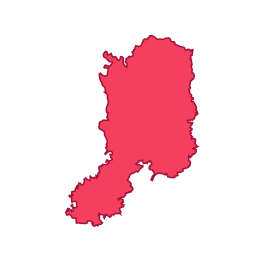 the district of Jhenaidah, Khulna, Bangladesh, rotated 338°
{"feature_id": "16705992B77509092527129", "entity_name": "Jhenaidah", "entity_type": "district", "adm_level": 2, "iso_a3": "BGD", "parent_name": "Bangladesh", "parent_adm1": "Khulna", "projection": "albers", "projection_center": [89.072, 23.495], "detail": "fine", "context": "isolated", "style": "filled", "palette": "rose", "viewbox_px": 256, "rotation_deg": 338, "n_neighbors": 0, "source": "geoboundaries", "source_scale": "gbopen_adm2", "svg_char_len": 5882}
<svg xmlns="http://www.w3.org/2000/svg" viewBox="0 0 256 256"><g transform="rotate(338 128 128)"><path d="M56.6,163.7L56.8,164.4L55.1,166.6L52.1,166.0L51.0,168.3L51.8,169.2L51.7,169.8L50.3,169.6L48.6,168.5L48.0,168.7L48.2,170.2L49.5,170.8L49.9,171.4L48.9,172.9L48.2,175.8L51.1,175.8L52.7,177.7L51.7,179.5L51.4,181.8L50.2,182.4L48.5,181.9L47.1,180.2L47.9,178.2L46.7,178.3L46.1,178.8L46.7,179.7L46.8,183.0L46.3,184.1L44.6,184.4L44.8,182.8L43.4,182.1L41.2,182.6L41.5,181.3L43.0,180.6L42.0,180.1L38.5,183.2L38.8,185.9L41.5,186.4L42.6,187.9L42.5,190.1L43.3,190.9L45.9,191.9L44.5,196.8L46.0,197.1L48.2,198.6L53.7,201.0L55.0,200.5L55.4,199.2L57.8,199.6L60.0,202.4L59.1,202.7L59.6,203.6L58.8,203.6L59.1,205.5L59.8,205.6L60.2,206.5L61.2,206.4L61.4,206.0L62.6,206.2L63.1,207.2L63.5,207.3L63.6,206.3L66.9,207.1L68.8,206.3L68.1,205.4L68.2,204.3L67.5,203.5L67.4,201.6L68.6,198.7L68.1,198.3L68.5,196.8L69.1,196.4L69.4,197.6L73.3,199.6L71.9,201.8L72.2,202.9L75.5,200.0L76.4,201.9L77.6,203.0L77.6,203.8L79.0,203.8L80.0,202.1L81.4,202.5L81.9,203.4L82.2,202.7L85.5,202.7L85.7,203.3L88.1,204.1L88.7,205.0L88.7,203.6L89.8,203.5L89.8,199.6L91.2,199.0L94.1,199.3L95.5,198.1L94.0,196.8L93.5,197.0L93.6,195.3L94.1,195.1L94.4,195.7L95.3,194.4L95.9,194.9L96.5,192.4L95.4,191.6L95.1,190.7L94.3,191.2L94.7,190.9L93.1,190.2L92.3,191.0L92.1,190.1L96.3,189.6L97.7,190.5L100.7,189.3L101.0,187.6L102.4,188.0L102.5,187.5L103.9,188.1L104.3,187.7L104.5,188.1L105.3,187.7L106.1,188.3L106.4,187.8L107.4,188.2L108.4,187.1L109.3,187.0L109.9,185.7L109.5,185.2L109.8,184.5L109.0,183.7L109.3,183.1L108.3,182.8L110.0,180.9L109.3,178.2L108.4,177.3L108.1,175.5L109.4,175.2L113.1,171.5L114.5,171.9L119.7,171.3L119.8,171.9L121.0,172.4L123.6,170.5L127.3,169.5L127.6,168.3L125.5,167.9L124.8,166.2L123.0,165.9L121.8,164.6L122.4,164.1L124.1,164.1L124.5,163.4L125.0,163.6L124.8,162.8L125.6,162.6L126.8,162.6L127.5,163.5L129.4,163.3L129.0,166.6L132.1,167.5L132.6,167.1L132.7,167.6L133.2,166.8L134.2,167.0L135.6,166.2L136.1,166.8L135.8,168.0L136.7,168.0L137.1,168.7L136.1,170.9L134.6,170.9L134.2,171.7L133.2,171.8L132.4,173.5L132.8,174.8L134.8,175.9L135.6,180.3L132.7,181.9L129.9,184.6L131.0,185.8L133.8,182.7L136.6,181.4L139.0,181.1L142.6,183.0L145.1,185.5L145.9,185.2L146.1,184.5L146.9,185.3L146.6,188.1L149.1,189.9L152.8,191.4L153.5,190.3L156.5,190.8L157.1,187.7L160.6,188.8L163.0,188.4L163.5,186.6L167.8,187.1L169.6,186.8L170.1,186.2L171.0,186.4L173.1,183.2L172.9,181.8L172.2,181.0L173.8,176.5L174.7,178.8L176.0,177.9L176.4,178.1L177.0,177.1L178.2,176.9L178.2,176.4L179.2,177.1L181.9,175.9L182.6,175.3L183.0,173.8L182.3,172.8L181.2,172.6L180.4,171.2L181.7,171.1L182.7,171.8L185.3,171.3L184.7,171.1L185.1,170.0L184.5,168.9L184.4,166.8L185.5,166.0L185.6,164.8L186.4,163.7L184.6,162.0L182.7,161.8L182.8,161.1L184.4,160.2L183.2,157.4L184.9,156.5L184.1,155.0L184.2,154.2L186.1,154.1L187.1,152.6L185.6,151.0L186.2,150.9L187.1,149.3L189.0,148.5L189.9,147.1L188.0,146.7L187.9,145.7L185.9,145.6L186.0,143.5L187.9,143.6L190.9,144.9L191.5,144.1L192.9,144.3L194.9,141.8L196.3,141.5L195.7,141.2L196.7,140.7L196.6,140.2L197.6,140.5L196.9,139.4L198.2,139.4L198.1,136.9L197.7,136.4L198.1,135.7L199.0,135.4L199.2,131.6L198.5,128.1L196.9,127.3L197.7,125.5L199.2,125.9L199.8,124.6L198.2,123.0L199.2,121.5L198.3,118.8L199.1,115.8L198.8,115.0L200.2,114.8L201.1,113.7L201.0,111.3L202.1,110.6L203.4,107.9L203.9,107.5L204.5,107.9L206.4,106.8L207.3,107.0L209.1,104.1L209.2,101.7L208.1,101.1L208.9,98.5L209.4,98.1L209.8,93.7L210.5,93.8L211.2,93.0L211.9,89.2L212.4,88.5L212.2,87.4L211.7,87.3L211.8,86.7L212.3,86.8L213.7,84.2L214.7,84.5L217.5,79.6L216.5,79.4L214.7,80.3L214.6,78.4L214.1,78.0L212.9,77.4L211.2,77.8L210.2,77.5L210.5,75.4L209.9,74.1L206.3,71.7L205.3,70.1L203.0,68.4L202.9,67.4L203.5,66.4L203.2,65.4L201.2,64.7L200.4,63.7L200.5,61.0L199.7,59.9L196.8,58.9L193.1,58.9L190.9,57.4L188.5,57.0L186.3,53.0L184.4,51.0L182.5,50.8L182.3,51.7L180.4,51.8L179.4,53.1L177.1,51.8L175.2,52.2L174.5,52.9L174.7,53.8L173.3,54.1L171.9,55.9L170.2,56.7L168.1,56.3L166.9,55.2L166.1,55.4L165.8,54.9L165.4,55.9L164.3,56.3L164.1,57.5L162.3,57.7L162.5,58.7L160.2,59.1L160.5,60.4L160.0,62.9L156.8,62.9L156.6,62.3L155.4,62.0L154.5,62.9L152.1,63.1L152.1,64.5L150.3,65.6L151.1,68.5L149.7,71.0L148.6,69.5L147.9,66.8L148.3,64.7L149.7,62.1L149.7,60.7L149.1,59.5L147.7,59.2L146.2,61.4L144.4,61.8L144.0,61.3L143.4,57.4L140.3,56.4L140.3,52.6L136.6,53.2L137.0,49.1L136.0,48.7L134.4,49.1L132.5,50.9L132.2,52.9L134.1,55.6L135.5,59.5L138.0,60.8L138.4,61.6L134.3,63.9L132.7,63.2L131.0,61.3L130.0,61.3L128.4,62.7L128.6,63.4L132.2,65.1L128.4,71.5L126.7,71.5L125.1,70.5L123.6,68.7L123.1,66.8L121.5,67.2L120.4,71.4L120.3,74.7L120.7,76.2L120.2,78.2L121.7,81.9L120.8,86.1L119.6,86.0L120.8,87.8L121.3,90.2L120.2,92.0L119.5,96.9L115.5,101.3L114.5,103.3L114.2,105.4L115.3,106.4L114.1,107.3L113.5,109.4L112.3,110.1L112.9,112.8L112.6,113.5L107.9,111.4L106.7,112.0L104.7,111.7L102.9,113.1L103.0,114.0L101.3,116.1L101.2,117.3L101.7,118.8L104.0,121.3L104.6,122.9L103.6,126.0L104.1,131.8L103.0,134.0L101.5,135.3L101.9,136.1L101.8,137.6L100.0,137.6L100.2,141.5L97.5,142.7L97.0,143.4L97.3,144.1L99.3,142.9L101.8,142.6L103.9,143.7L104.3,144.4L103.8,146.3L103.1,146.6L101.6,145.7L101.2,146.2L101.4,147.0L100.9,148.9L101.8,150.5L101.4,151.5L97.8,151.6L96.9,149.9L96.2,149.7L94.9,151.4L97.1,151.7L97.2,153.1L96.6,153.5L93.5,153.6L91.1,152.3L90.6,153.0L89.7,152.7L89.4,153.6L87.9,153.4L87.9,152.9L86.3,153.3L85.5,155.8L85.9,157.4L85.1,157.7L85.1,158.3L83.9,158.6L84.3,159.0L84.0,159.5L83.3,159.1L82.3,159.9L81.9,161.1L82.5,160.5L82.1,161.8L80.4,162.5L81.1,160.5L80.6,160.0L79.7,162.4L78.4,161.2L76.7,161.2L75.4,159.6L74.9,157.9L74.6,159.7L73.0,162.5L70.3,159.7L70.3,158.8L69.8,158.4L69.1,159.0L68.0,159.0L67.6,161.2L65.2,163.6L64.2,163.8L63.4,163.2L63.2,161.5L61.8,160.7L58.6,165.9L60.1,162.7L59.9,162.3L59.5,162.2L57.5,164.1L57.0,164.2L56.6,163.7Z" fill="#f43f5e" stroke="#9f1239" stroke-width="1.5"/></g></svg>